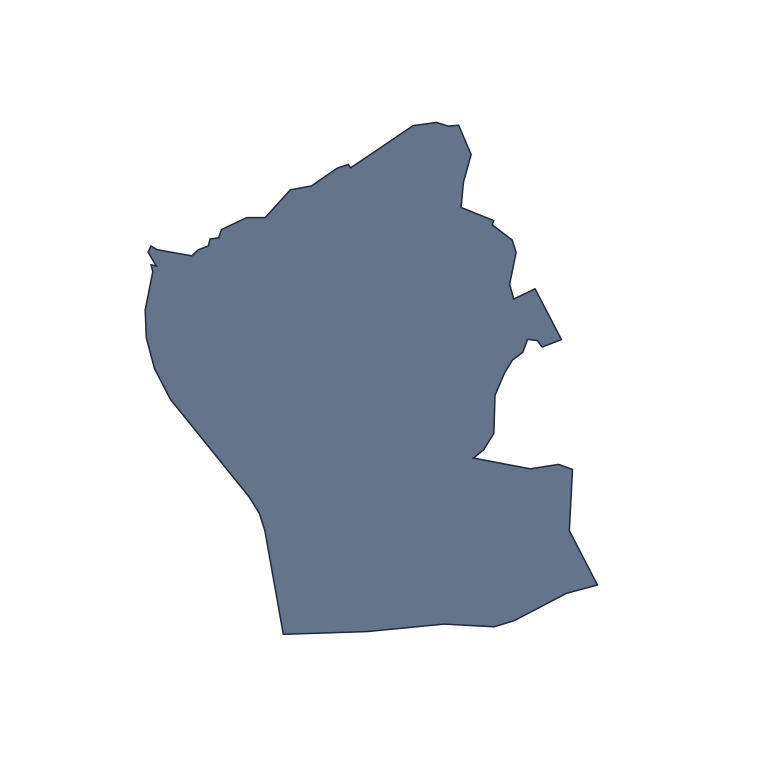 the district of Tallaght Central Lea-6, South Dublin, Ireland, rotated 198°
{"feature_id": "5873133B96675921323266", "entity_name": "Tallaght Central Lea-6", "entity_type": "district", "adm_level": 2, "iso_a3": "IRL", "parent_name": "Ireland", "parent_adm1": "South Dublin", "projection": "orthographic", "projection_center": [-6.369, 53.294], "detail": "fine", "context": "isolated", "style": "filled", "palette": "slate", "viewbox_px": 768, "rotation_deg": 198, "n_neighbors": 0, "source": "geoboundaries", "source_scale": "gbopen_adm2", "svg_char_len": 927}
<svg xmlns="http://www.w3.org/2000/svg" viewBox="0 0 768 768"><g transform="rotate(198 384 384)"><path d="M118.9,258.8L162.4,301.8L178.3,361.0L193.1,361.5L218.8,348.5L276.1,341.2L268.8,352.4L264.3,371.2L274.9,407.5L272.8,431.6L269.3,446.3L261.8,457.1L261.2,470.8L251.6,472.7L245.0,468.0L229.0,481.1L269.7,521.2L286.9,505.0L295.3,517.6L299.0,549.9L306.5,560.5L330.3,568.8L330.1,573.3L365.2,575.7L370.8,600.5L372.0,629.1L393.0,653.2L402.6,649.1L414.8,649.0L436.1,638.8L482.5,579.3L486.0,581.7L495.1,574.9L514.2,550.0L533.0,539.8L548.5,505.5L566.1,499.8L586.3,480.7L586.5,471.9L594.2,468.2L593.8,460.9L602.2,454.2L606.3,446.5L641.5,441.6L648.3,443.2L649.1,436.4L637.1,425.9L642.4,425.4L638.6,419.3L634.0,380.6L624.4,354.6L607.0,327.7L582.4,303.4L477.2,234.8L462.8,222.7L452.2,208.1L402.4,114.8L323.6,143.3L253.0,174.1L204.3,187.1L187.1,199.1L145.8,241.3L118.9,258.8Z" fill="#64748b" stroke="#1e293b" stroke-width="1.5"/></g></svg>